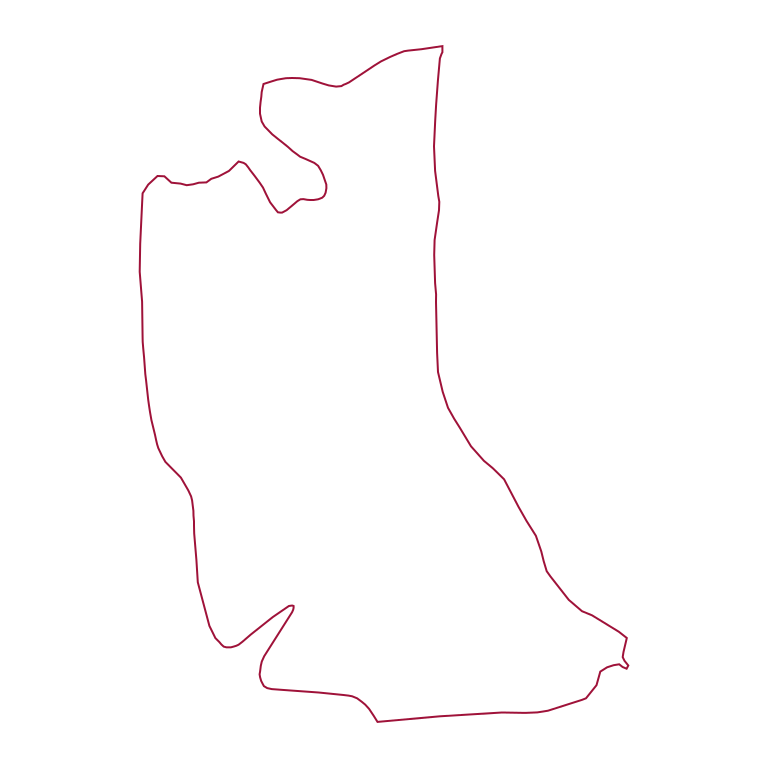 outline of Thakhek, Khammouan, Laos, rotated 180°
{"feature_id": "54806243B53814291483739", "entity_name": "Thakhek", "entity_type": "district", "adm_level": 2, "iso_a3": "LAO", "parent_name": "Laos", "parent_adm1": "Khammouan", "projection": "robinson", "projection_center": [104.881, 17.385], "detail": "fine", "context": "isolated", "style": "outline", "palette": "rose", "viewbox_px": 768, "rotation_deg": 180, "n_neighbors": 0, "source": "geoboundaries", "source_scale": "gbopen_adm2", "svg_char_len": 2871}
<svg xmlns="http://www.w3.org/2000/svg" viewBox="0 0 768 768"><g transform="rotate(180 384 384)"><path d="M141.2,130.0L149.1,136.2L176.0,152.7L186.0,156.8L199.2,168.1L217.6,191.6L221.3,196.8L224.3,206.8L226.7,216.5L232.1,232.2L241.5,247.1L249.4,261.0L263.9,288.7L275.1,299.7L284.1,307.2L297.0,321.7L308.2,340.3L313.8,349.2L320.0,360.2L325.3,376.2L330.0,396.0L330.9,415.1L331.6,447.8L332.0,466.1L332.0,466.3L331.9,473.5L332.9,484.9L333.8,513.1L333.4,528.0L330.9,545.3L329.0,557.8L328.7,566.2L329.7,572.0L332.9,597.1L334.0,621.7L332.8,647.3L331.9,663.0L330.1,687.3L328.1,709.6L326.5,714.0L325.9,715.2L325.6,715.7L325.6,721.9L346.5,718.8L359.8,717.4L363.9,716.8L370.9,714.1L377.8,711.1L387.0,706.6L393.6,702.5L419.0,685.6L422.4,684.0L424.3,683.3L426.6,681.9L431.9,681.4L439.3,682.6L445.6,684.5L456.4,688.1L468.4,689.8L475.9,690.0L482.0,689.8L486.9,689.0L490.9,688.3L496.4,686.6L504.5,684.0L506.3,676.0L506.7,671.2L507.4,666.2L508.0,660.3L508.0,654.3L506.3,646.5L503.4,641.5L495.8,633.7L490.1,629.1L485.9,625.8L480.3,621.3L475.3,616.8L470.9,613.6L467.9,611.3L462.6,609.1L453.7,605.1L449.9,602.2L447.2,597.7L445.0,593.2L443.3,588.2L441.7,583.5L441.6,579.8L442.4,575.3L443.8,572.2L445.8,570.3L448.0,569.4L449.9,568.7L454.3,568.0L457.9,568.0L460.8,568.2L464.6,568.9L467.6,568.7L470.7,566.8L473.5,564.4L481.4,557.8L484.0,556.4L485.9,555.4L487.7,555.4L490.1,555.7L492.0,558.0L497.9,565.7L502.2,574.4L505.0,580.4L508.4,585.4L513.3,592.0L517.8,597.8L519.9,600.8L522.2,603.7L524.4,605.1L529.4,606.5L539.0,597.1L549.7,591.4L556.7,589.2L561.6,585.6L569.1,585.3L574.9,583.7L581.3,582.8L587.4,584.4L596.6,585.3L603.6,591.7L610.5,592.0L619.8,583.4L625.4,574.7L625.8,566.5L627.8,524.3L628.3,496.2L625.9,466.3L625.4,430.3L625.3,426.0L624.8,420.0L623.9,410.3L622.7,393.9L621.9,387.4L619.8,368.3L618.9,361.9L618.0,356.0L616.6,348.0L613.0,333.2L611.9,328.0L610.9,323.7L609.7,319.9L605.8,311.7L602.6,306.1L587.1,290.4L579.7,277.6L576.9,271.6L575.9,267.6L575.2,261.9L574.6,257.2L574.5,252.3L574.0,246.7L574.0,243.2L574.0,242.4L573.9,238.0L573.8,234.4L572.4,217.6L571.6,208.1L570.2,185.7L558.6,142.1L555.1,135.0L552.6,129.9L548.6,125.9L546.7,123.6L544.3,121.4L541.7,120.7L539.1,120.7L537.0,120.7L534.4,121.4L531.8,122.2L529.4,123.3L525.5,126.3L517.4,133.3L495.4,150.8L479.1,162.0L476.5,162.4L475.4,162.4L474.4,162.0L474.4,160.2L474.8,158.3L475.9,155.8L503.8,111.8L506.2,106.5L507.2,102.2L507.9,96.6L508.4,93.7L507.9,90.7L506.8,87.0L505.4,84.3L504.1,81.9L500.8,79.9L496.2,78.9L480.0,77.7L449.4,75.5L424.5,73.0L419.5,72.4L415.8,71.7L410.9,69.7L406.2,66.2L402.8,63.4L398.9,59.1L394.3,52.2L390.5,46.1L328.1,51.7L266.0,55.5L242.9,55.1L230.7,55.6L225.5,56.4L220.0,57.3L199.0,64.0L186.1,68.1L182.0,69.7L171.5,82.8L167.7,96.4L160.9,100.7L154.4,102.8L148.8,103.7L145.4,101.0L141.4,99.3L139.7,102.5L143.5,107.2L145.3,110.9L144.5,116.0L141.2,130.0Z" fill="none" stroke="#9f1239" stroke-width="2"/></g></svg>